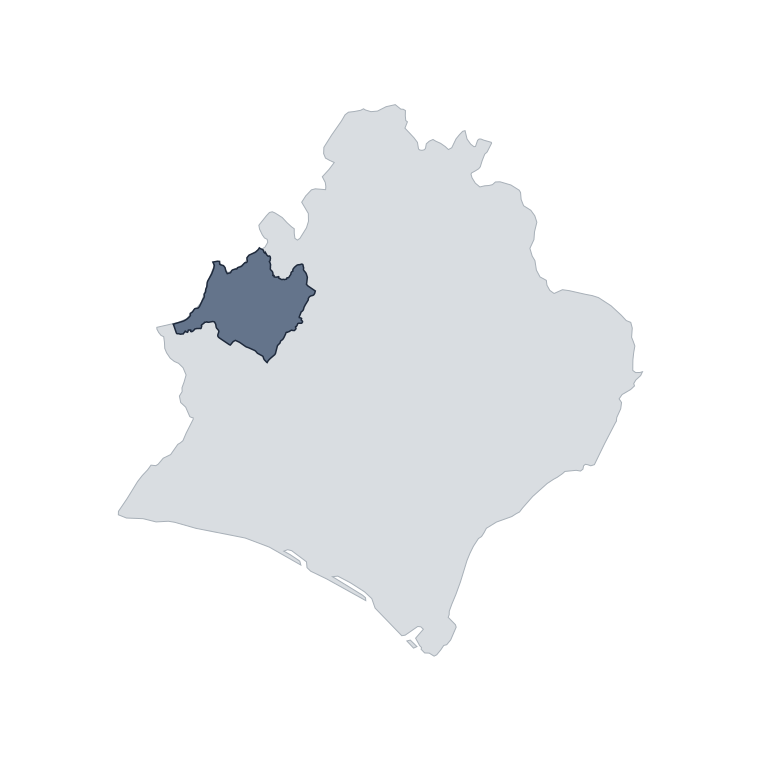 Ivory Coast, with Dix-Huit Montagnes highlighted, rotated 35°
{"feature_id": "CIV-3441", "entity_name": "Dix-Huit Montagnes", "entity_type": "Department", "adm_level": 1, "iso_a3": "CIV", "parent_name": "Ivory Coast", "parent_adm1": "", "projection": "robinson", "projection_center": [-7.745, 7.377], "detail": "fine", "context": "in_parent", "style": "filled", "palette": "slate", "viewbox_px": 768, "rotation_deg": 35, "n_neighbors": 0, "source": "natural_earth", "source_scale": "10m", "svg_char_len": 8417}
<svg xmlns="http://www.w3.org/2000/svg" viewBox="0 0 768 768"><g transform="rotate(35 384 384)"><path d="M209.4,170.3L211.6,170.2L217.1,168.4L222.1,164.2L226.7,155.6L233.0,148.7L240.1,149.2L242.2,147.9L244.7,147.7L247.7,152.2L250.7,155.7L252.8,155.8L254.4,162.4L267.3,165.1L272.8,166.9L277.5,171.7L279.1,171.8L281.1,170.8L282.6,169.1L282.9,167.3L280.9,163.0L281.8,159.1L283.9,155.6L287.2,155.4L292.3,154.4L298.0,154.4L302.3,155.0L304.0,151.6L302.4,141.8L302.8,136.4L303.5,131.9L305.1,130.0L311.5,135.7L317.4,137.8L321.6,138.0L322.7,136.9L320.9,130.7L321.4,128.8L323.0,127.7L325.7,127.1L333.2,124.5L334.0,125.0L335.4,134.8L334.7,138.0L336.3,144.7L338.3,150.9L338.1,153.4L336.5,157.2L334.7,160.8L334.9,162.2L337.8,164.6L343.6,167.1L349.5,167.6L352.7,164.0L356.2,161.1L358.5,158.5L359.4,154.6L363.1,151.8L373.8,148.2L383.6,147.7L386.0,148.8L390.5,154.2L396.1,157.9L404.7,157.5L411.0,159.7L416.4,163.8L420.0,173.0L424.0,179.7L425.7,189.2L432.0,194.2L436.9,196.4L443.5,203.3L450.4,206.8L457.5,206.0L460.8,209.6L466.1,212.2L471.4,212.3L476.1,204.4L482.2,201.3L497.8,194.9L504.0,192.1L510.2,190.2L525.2,189.7L539.1,191.6L546.1,193.1L550.8,192.0L555.3,195.8L560.0,203.7L563.8,206.2L567.7,209.0L570.6,215.2L574.0,221.4L575.8,224.1L580.0,230.2L583.6,230.3L587.1,227.7L588.7,225.7L589.4,229.8L588.0,236.3L588.3,240.4L590.3,241.9L589.2,247.1L585.1,256.0L585.1,261.3L589.2,262.9L592.1,268.5L593.9,278.0L595.7,281.2L595.8,283.1L598.9,306.2L602.6,329.4L600.3,332.4L597.1,333.3L595.0,334.3L594.4,336.5L595.8,339.7L594.9,342.6L590.9,344.5L582.3,351.9L581.7,354.8L579.4,361.1L577.5,364.9L574.7,372.0L570.3,390.8L568.6,406.3L568.4,411.1L566.7,414.4L564.7,419.3L555.3,432.6L550.6,443.5L551.2,448.2L551.4,453.0L550.0,456.4L550.3,465.6L551.5,473.3L553.2,480.9L560.1,502.2L563.6,515.2L565.9,525.7L567.8,532.7L569.7,535.6L570.4,538.3L580.6,540.2L582.6,541.8L585.4,555.4L584.9,561.6L582.9,563.9L583.0,569.1L582.5,575.6L581.1,578.2L575.4,578.5L571.6,581.0L566.5,580.0L566.0,578.4L563.2,577.8L555.7,574.1L556.9,562.3L553.4,561.8L550.7,563.3L545.4,577.6L542.9,580.0L505.3,572.7L497.1,566.8L487.4,565.4L470.3,566.1L456.3,567.9L452.3,571.4L487.7,569.3L491.5,569.7L493.3,571.9L448.5,576.6L431.4,579.4L426.3,578.6L422.5,574.1L403.9,573.5L400.1,575.0L397.8,578.4L405.1,577.6L416.6,577.4L419.7,580.0L383.6,583.4L358.6,589.8L347.9,594.5L313.0,610.0L291.7,617.4L286.1,620.1L276.4,627.7L263.9,632.5L249.9,641.5L241.4,643.5L239.5,640.6L239.3,625.5L238.1,605.2L238.5,597.4L239.6,590.1L239.7,584.1L243.9,581.8L245.0,579.3L245.7,571.4L249.7,564.2L249.7,551.7L250.9,549.1L251.8,545.8L250.1,537.6L247.9,522.1L246.8,521.1L245.8,521.8L243.6,522.1L234.8,516.7L228.1,515.8L223.3,511.2L223.0,506.0L220.7,503.0L219.1,497.0L216.7,490.1L210.0,485.9L203.8,484.9L199.3,485.8L194.1,485.5L188.1,483.2L184.0,480.6L180.1,475.6L176.4,471.6L173.5,472.1L170.0,471.1L166.5,469.3L165.4,467.9L179.9,451.8L184.9,443.9L185.4,439.2L185.4,434.3L187.0,429.3L187.5,421.8L179.4,394.3L177.4,385.7L175.2,383.2L173.9,382.3L177.9,378.8L183.5,379.7L192.1,382.4L194.0,379.7L200.5,365.8L200.3,360.7L199.6,357.1L203.5,347.6L206.5,343.9L208.0,340.0L207.5,334.6L205.3,332.5L202.3,332.9L198.7,331.6L193.2,328.5L190.4,325.7L191.2,313.1L191.8,309.2L193.7,307.0L196.7,306.4L205.2,306.0L212.1,307.5L218.2,308.3L221.4,308.3L224.0,312.0L227.5,315.8L230.5,315.8L231.6,312.9L230.9,300.5L228.8,294.0L224.2,287.7L212.3,282.3L212.0,274.7L213.2,266.6L215.8,263.5L224.7,258.3L223.1,255.6L220.3,252.6L214.6,249.6L215.9,239.8L216.2,231.1L211.4,232.0L206.5,232.5L202.4,229.9L199.0,224.6L198.3,210.0L198.3,193.1L197.7,185.7L199.0,181.7L203.2,178.0L207.8,173.3L209.4,170.3ZM561.6,580.2L559.7,583.4L550.1,581.4L552.4,578.7L561.6,580.2Z" fill="#d9dde1" stroke="#a8b0b8" stroke-width="1"/><path d="M211.4,345.1L211.2,344.2L212.6,344.8L213.9,345.5L215.5,345.8L216.0,345.7L216.3,345.2L216.6,344.9L217.1,344.8L218.0,345.2L219.0,346.3L219.2,346.7L219.3,347.1L219.5,347.5L219.9,348.1L220.0,348.4L219.9,348.8L219.8,349.1L219.8,349.4L220.0,349.6L220.5,349.8L220.9,350.0L221.3,350.2L221.6,350.4L222.1,350.9L222.4,351.2L222.8,351.4L223.0,351.8L223.1,352.3L223.3,352.6L223.8,353.2L224.0,353.5L224.6,354.5L224.8,354.9L225.1,355.2L225.9,355.5L227.3,355.7L228.6,356.2L229.1,356.6L229.4,357.1L229.7,357.3L230.1,357.6L230.3,358.0L230.5,358.8L230.8,358.9L231.1,358.8L231.6,358.2L231.9,358.3L232.1,358.6L232.3,358.9L232.5,359.2L232.9,359.1L233.4,358.9L234.5,358.3L235.3,357.4L235.7,357.1L235.9,356.8L236.1,356.5L236.3,356.5L236.6,356.8L236.7,357.2L236.9,357.5L237.3,357.6L237.8,357.6L238.4,357.3L239.0,357.4L239.6,357.3L240.1,357.2L240.8,356.7L241.5,356.0L241.8,355.8L242.1,355.7L242.6,355.6L242.9,355.2L243.1,354.9L243.4,354.6L243.6,354.4L243.8,354.2L244.0,354.0L243.9,353.6L243.8,353.3L243.6,353.0L243.7,352.7L243.9,352.4L244.3,352.1L244.8,351.6L244.9,351.2L244.9,350.8L244.8,350.4L244.8,347.8L244.7,347.5L244.6,347.2L244.1,346.3L244.1,346.2L244.0,345.9L244.0,345.4L244.1,345.0L244.2,344.6L244.5,344.1L244.6,343.9L244.4,343.6L244.0,343.0L243.8,342.7L243.7,342.3L243.6,341.8L243.7,339.8L244.4,337.0L244.6,336.5L244.8,336.2L245.0,335.9L245.5,335.4L246.6,334.5L247.1,333.9L247.5,333.3L247.8,333.0L248.2,332.8L248.8,332.7L249.3,332.9L250.4,334.0L251.2,334.6L251.6,335.0L251.8,335.4L252.2,336.1L252.4,336.5L252.8,336.8L253.3,337.0L255.9,337.7L257.1,338.3L259.7,340.3L260.0,340.5L260.2,340.9L262.6,345.3L263.3,346.8L265.4,347.3L274.4,347.2L275.3,349.7L275.3,351.4L274.8,352.4L274.1,353.1L273.3,354.2L273.1,354.8L272.9,355.3L272.9,356.6L273.0,357.5L273.6,358.3L273.8,358.9L274.1,364.2L274.5,367.1L275.3,369.2L275.4,370.1L275.3,371.0L275.1,371.8L274.8,372.6L275.2,373.9L276.0,377.5L276.5,378.2L278.1,377.6L278.9,377.6L279.5,379.1L281.1,379.3L281.7,379.8L281.7,381.4L280.6,382.3L279.4,383.0L278.7,384.0L279.2,386.0L279.2,386.8L279.2,387.0L278.8,387.4L278.7,387.9L278.9,388.2L279.9,388.8L280.2,389.3L280.0,391.5L278.8,392.4L277.4,392.9L276.7,394.1L276.5,395.0L276.0,395.8L275.5,396.4L275.2,397.1L274.8,397.3L274.5,397.5L274.3,398.0L274.4,398.5L274.7,399.4L275.4,403.4L275.5,405.4L275.1,406.9L274.7,407.7L274.8,408.6L275.1,409.5L275.3,410.2L274.8,413.0L274.8,413.9L277.6,421.3L277.7,422.6L277.4,423.7L276.2,428.4L275.8,430.9L275.8,431.9L276.0,433.5L275.5,433.5L272.1,432.8L271.0,432.3L269.3,431.0L268.9,430.8L268.2,430.8L262.7,431.4L260.3,430.8L259.8,430.7L258.9,430.7L252.1,432.0L250.1,432.6L249.3,432.7L241.8,432.7L237.2,433.5L236.3,435.4L236.1,436.0L235.8,440.2L234.9,440.5L222.9,440.7L221.7,440.6L220.7,440.3L220.0,439.6L219.7,439.1L218.9,436.5L218.6,435.7L218.2,435.4L217.7,435.0L215.9,434.5L214.9,434.3L214.4,434.0L213.8,433.6L212.3,432.0L211.7,431.5L211.3,431.3L209.5,430.4L207.9,431.0L205.0,434.0L204.2,434.5L203.6,434.7L203.3,434.6L203.0,434.8L202.9,435.2L202.5,435.7L202.1,436.0L201.6,436.3L201.5,436.6L201.7,437.1L201.4,438.2L200.8,439.6L200.7,440.1L200.7,440.5L200.8,440.8L201.0,440.9L201.3,440.9L201.5,441.2L202.2,443.2L202.1,443.7L201.8,443.9L201.4,444.1L200.8,444.4L200.2,445.0L199.3,445.6L198.9,445.8L198.5,446.4L197.7,447.1L197.5,447.5L197.5,448.3L197.2,449.9L196.9,450.8L196.4,451.5L195.9,451.8L195.5,451.8L195.3,451.6L195.1,451.3L195.1,451.0L194.9,450.7L194.5,450.8L193.1,451.8L192.8,452.2L192.9,452.5L193.4,453.7L193.4,454.2L193.2,454.5L192.4,454.6L192.1,454.7L191.7,454.8L191.0,454.6L190.8,454.8L190.9,455.5L191.0,455.9L190.8,456.5L190.8,456.9L190.8,457.3L190.8,457.7L190.8,458.2L190.3,458.5L188.5,460.1L188.0,460.2L187.1,460.5L186.5,460.9L185.7,461.5L185.2,461.5L184.5,461.2L177.5,456.1L177.0,455.9L183.5,447.7L184.5,445.9L185.4,443.6L186.0,441.1L186.1,440.0L186.1,438.9L185.7,438.4L185.1,438.0L184.8,437.3L185.7,435.1L185.8,433.8L185.7,432.5L185.8,431.0L186.2,430.3L187.6,429.1L188.2,428.3L188.4,426.3L187.1,418.6L187.0,416.6L186.8,415.8L186.4,415.0L185.3,413.8L185.1,413.3L185.0,412.7L185.2,411.7L185.1,411.2L184.8,410.5L184.0,409.3L183.7,408.7L183.1,406.1L182.6,405.1L181.4,403.1L180.9,402.1L180.5,400.6L179.7,392.7L178.2,386.9L176.9,384.0L173.9,382.3L177.2,378.9L179.0,377.9L180.7,380.1L182.0,380.0L184.6,379.1L187.0,379.8L189.7,382.2L192.3,383.5L194.4,380.9L194.4,380.3L194.2,379.0L194.2,378.3L194.5,377.4L196.0,375.4L196.3,375.0L197.1,374.5L197.4,374.2L197.5,373.8L197.3,373.0L197.3,372.7L199.6,369.7L199.9,368.5L200.2,365.8L200.5,364.5L200.8,364.1L201.3,363.8L201.7,363.3L201.8,362.5L201.5,361.6L199.9,360.0L199.3,359.2L199.5,355.9L203.1,349.8L203.8,346.6L203.9,344.7L203.8,344.0L204.9,344.0L207.9,343.5L208.6,343.7L209.3,344.4L210.2,345.0L211.4,345.1Z" fill="#64748b" stroke="#1e293b" stroke-width="1.5"/></g></svg>